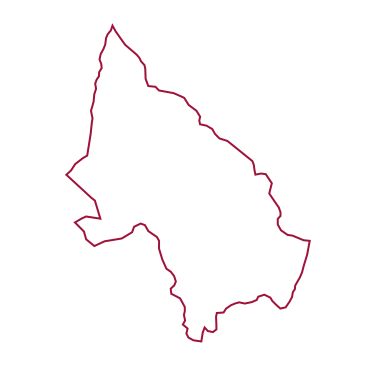 outline of Mãe d'Água, Paraíba, Brazil, rotated 103°
{"feature_id": "56859067B3615526568508", "entity_name": "Mãe d'Água", "entity_type": "district", "adm_level": 2, "iso_a3": "BRA", "parent_name": "Brazil", "parent_adm1": "Paraíba", "projection": "equal_earth", "projection_center": [-37.435, -7.243], "detail": "fine", "context": "isolated", "style": "outline", "palette": "rose", "viewbox_px": 384, "rotation_deg": 103, "n_neighbors": 0, "source": "geoboundaries", "source_scale": "gbopen_adm2", "svg_char_len": 1897}
<svg xmlns="http://www.w3.org/2000/svg" viewBox="0 0 384 384"><g transform="rotate(103 192 192)"><path d="M47.8,306.9L52.8,307.4L57.1,309.6L61.5,310.4L67.6,309.7L72.4,310.4L78.2,312.0L83.7,311.9L87.5,309.3L91.5,307.9L96.1,309.4L100.1,308.7L104.0,310.2L108.2,310.7L113.0,308.7L118.9,309.2L126.1,308.2L131.2,308.4L135.5,308.7L138.9,307.2L142.6,305.5L147.0,305.2L158.4,303.8L180.1,302.3L183.6,306.0L187.3,309.0L191.1,312.1L198.2,314.7L203.5,318.3L220.2,288.9L222.2,284.7L238.6,275.3L239.7,289.7L242.9,293.8L248.0,299.2L254.8,288.4L261.9,284.5L266.6,275.0L259.7,266.1L256.8,259.0L253.1,250.0L244.7,241.3L238.9,240.6L234.3,234.9L234.9,230.4L239.9,225.8L242.1,220.3L243.7,216.1L247.0,213.1L254.6,211.4L264.5,205.7L272.5,199.7L274.6,194.5L278.1,190.4L282.9,187.6L287.0,188.3L291.0,191.0L295.8,189.3L298.3,179.7L305.6,173.2L309.7,172.2L313.6,172.2L318.8,169.8L323.2,171.1L326.0,165.6L331.2,165.6L334.6,162.8L336.2,157.2L335.5,149.3L326.4,149.9L321.2,149.2L323.9,145.3L323.8,140.1L320.4,137.3L316.2,138.3L311.8,139.5L308.1,140.5L304.3,140.6L302.3,134.1L298.0,132.6L293.6,128.6L290.9,124.9L288.9,121.2L288.8,115.5L285.9,109.1L282.7,104.7L279.1,103.9L275.8,98.4L277.3,91.9L280.1,89.2L283.3,84.1L285.7,79.7L283.3,74.8L276.7,72.2L271.7,70.9L267.0,71.2L263.4,69.9L259.9,70.4L251.1,67.7L245.5,66.7L238.6,66.5L227.2,65.7L213.1,66.3L213.9,72.4L213.1,77.2L211.9,84.1L212.3,89.2L209.3,96.7L204.4,101.1L198.9,102.4L195.4,100.4L191.9,101.2L187.6,103.9L182.7,109.3L176.1,116.4L165.5,116.2L158.0,124.2L158.5,128.9L160.8,134.1L156.7,136.0L151.6,137.9L148.3,140.1L134.3,169.0L133.6,177.4L130.1,182.8L126.1,186.4L124.1,192.8L124.2,199.4L120.7,201.0L116.8,201.0L111.9,205.9L107.9,214.9L102.0,220.8L100.7,227.2L99.8,232.2L100.5,247.0L97.7,251.3L98.6,258.4L92.3,262.6L82.3,265.3L79.0,266.9L76.2,271.0L73.3,273.3L70.8,276.5L63.7,290.1L58.7,295.8L52.7,302.5L47.8,306.9Z" fill="none" stroke="#9f1239" stroke-width="2"/></g></svg>